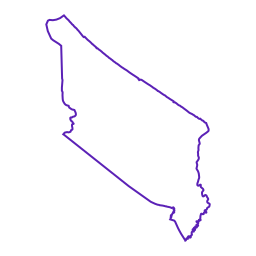 outline of Tak Bai, Narathiwat, Thailand
{"feature_id": "78962969B25686112002312", "entity_name": "Tak Bai", "entity_type": "district", "adm_level": 2, "iso_a3": "THA", "parent_name": "Thailand", "parent_adm1": "Narathiwat", "projection": "mercator", "projection_center": [102.027, 6.239], "detail": "fine", "context": "isolated", "style": "outline", "palette": "violet", "viewbox_px": 256, "rotation_deg": 0, "n_neighbors": 0, "source": "geoboundaries", "source_scale": "gbopen_adm2", "svg_char_len": 5730}
<svg xmlns="http://www.w3.org/2000/svg" viewBox="0 0 256 256"><path d="M62.5,95.2L62.7,98.9L62.9,100.4L63.3,101.5L64.6,103.7L65.6,104.7L66.5,105.2L68.6,105.8L68.7,106.4L69.3,107.6L69.7,107.9L71.1,108.9L71.5,109.2L72.6,109.6L72.9,109.7L73.4,109.7L74.4,110.0L75.6,112.6L75.8,113.5L75.9,114.3L75.8,114.9L75.6,115.4L75.1,115.9L74.8,116.2L74.5,116.4L72.8,116.8L71.8,117.5L71.5,117.5L71.0,117.4L70.7,117.5L70.3,117.9L70.3,119.1L70.7,120.1L71.4,121.1L72.0,121.4L72.3,121.6L72.8,122.8L73.5,123.4L73.6,123.6L73.5,123.9L72.3,124.3L72.0,124.8L72.0,126.0L72.4,127.8L72.4,128.2L72.5,129.0L72.4,129.4L72.0,129.8L71.0,130.3L70.7,131.3L70.6,131.6L70.4,131.8L68.9,132.3L68.1,132.3L67.3,132.1L67.0,132.1L64.8,132.6L64.3,133.1L63.3,134.3L64.3,135.0L128.7,186.1L150.8,201.8L155.1,203.8L157.6,204.7L159.0,204.9L159.6,205.2L162.7,205.6L164.5,206.0L165.4,206.3L166.1,206.3L166.8,206.6L169.3,207.1L170.8,207.5L171.3,207.9L171.6,208.0L172.0,208.0L173.1,207.4L173.4,207.4L174.0,208.1L174.3,208.8L174.1,209.1L173.6,209.5L173.7,209.9L174.3,210.1L174.4,210.5L174.3,210.9L174.1,211.4L173.4,211.9L173.2,212.1L173.4,212.3L174.1,212.1L174.2,212.3L174.1,212.5L173.8,212.7L172.9,213.2L172.5,213.5L172.2,213.9L172.1,214.7L171.9,214.9L171.1,215.1L170.9,215.3L170.8,216.0L171.4,216.5L171.4,216.8L171.3,217.0L170.9,217.0L171.0,217.6L170.8,217.8L170.5,218.1L170.7,218.8L170.5,219.1L170.3,219.4L174.2,220.6L175.1,221.6L177.9,227.8L179.0,230.0L181.1,233.8L185.1,240.1L185.3,240.6L185.7,240.4L186.0,240.0L186.3,239.0L186.5,238.5L186.9,238.4L187.5,238.8L187.8,238.7L187.5,238.0L187.6,237.4L188.0,236.8L188.3,236.4L188.5,236.3L188.9,236.6L189.0,237.2L189.4,237.5L189.8,237.6L190.2,237.6L190.5,237.5L190.7,237.3L190.8,236.9L190.4,236.1L190.4,235.8L190.5,235.7L191.2,235.5L191.4,235.4L191.7,235.1L191.9,234.7L191.9,234.4L191.6,233.0L191.7,232.5L191.8,232.1L192.0,231.9L192.5,231.6L193.7,231.6L193.9,231.3L193.9,231.2L193.1,230.7L192.7,230.4L192.6,229.9L192.7,229.4L192.9,229.2L193.2,229.2L194.2,230.1L194.5,230.2L194.8,230.1L195.0,229.9L195.1,229.5L195.0,229.1L194.7,228.7L193.9,228.4L193.8,228.1L193.9,227.9L195.0,227.1L195.4,226.5L195.7,226.6L195.8,227.2L196.0,227.5L196.5,227.6L196.7,227.4L197.3,226.4L197.9,225.9L198.1,225.6L198.1,225.4L197.9,225.2L197.0,225.3L196.6,225.2L196.5,224.8L196.7,224.6L197.2,224.7L197.6,224.6L198.0,223.7L198.2,223.3L198.1,223.0L197.7,222.5L196.7,222.0L196.5,221.7L196.5,221.4L196.9,221.2L197.2,221.2L197.5,221.3L198.2,221.8L198.5,221.8L198.7,221.6L198.8,220.4L198.9,219.9L199.1,219.8L199.3,219.8L200.0,220.4L200.5,220.2L200.6,219.9L200.3,218.8L200.2,218.3L200.4,217.4L200.4,216.2L201.0,214.0L201.2,213.8L201.5,213.7L202.8,214.2L203.1,214.2L203.3,214.1L203.7,213.9L203.9,212.8L204.2,212.4L204.4,212.3L205.0,212.3L205.9,212.7L206.2,212.7L206.3,212.6L206.4,212.2L206.1,211.7L205.8,211.5L204.8,211.0L204.7,210.8L204.7,210.5L204.8,210.4L205.0,210.2L206.3,209.8L206.6,209.6L206.8,209.3L207.1,208.2L207.5,207.7L208.9,206.9L209.2,206.6L209.4,206.2L209.7,204.7L209.7,204.2L209.5,203.8L209.1,203.5L207.8,202.8L207.5,202.5L207.3,202.1L207.2,201.3L207.3,200.9L207.6,200.2L208.1,199.6L208.2,199.0L208.0,198.4L207.1,197.1L206.8,196.5L206.6,195.8L206.4,195.5L206.1,195.3L205.7,195.1L205.2,195.0L204.0,196.1L203.3,196.4L202.9,196.3L202.5,195.8L202.1,194.2L202.0,193.0L202.0,192.7L202.1,192.2L202.5,191.5L203.1,190.8L203.4,190.4L203.4,189.8L203.1,189.1L202.8,188.7L200.9,187.1L200.7,186.5L200.8,185.1L200.7,184.8L200.5,184.7L200.2,184.7L198.9,185.5L198.4,185.7L197.9,185.6L197.4,185.1L197.3,184.4L197.4,183.4L198.0,181.7L198.5,179.7L199.1,178.1L199.2,177.2L198.8,173.7L198.4,172.3L198.0,171.2L196.9,169.4L196.5,168.6L196.6,168.0L197.1,165.9L197.2,165.4L197.2,164.6L196.8,163.3L196.6,162.2L198.2,159.9L198.6,159.2L198.8,158.3L198.8,157.5L198.1,155.7L198.1,153.6L197.9,152.1L198.5,150.1L198.4,147.9L198.6,145.6L198.7,145.2L199.6,144.0L199.7,143.7L199.6,142.9L198.9,140.2L199.0,139.3L199.3,138.7L199.6,138.3L201.9,135.8L206.4,132.7L207.9,131.5L208.4,131.0L208.6,130.4L208.6,129.1L208.3,128.3L206.7,124.5L206.2,123.0L205.8,122.9L204.8,122.4L204.2,121.9L203.3,120.8L202.3,120.5L200.2,118.7L199.8,118.9L199.4,118.9L199.0,118.7L198.1,118.1L196.9,116.9L196.3,116.9L195.6,116.6L193.6,114.9L192.8,114.6L192.2,114.1L189.8,113.0L189.3,112.7L186.6,110.5L183.5,108.2L182.4,107.3L181.2,106.7L180.2,105.8L179.4,105.5L178.4,105.0L176.5,103.4L175.1,102.4L174.6,102.3L174.4,102.3L174.2,102.4L173.6,102.2L173.7,101.9L173.7,101.4L173.5,101.2L169.3,98.6L168.7,98.1L166.8,97.0L165.0,95.4L164.2,95.1L163.2,94.4L162.7,94.2L162.0,93.6L160.8,92.8L159.8,92.0L158.3,91.1L157.8,91.0L157.0,90.2L154.8,88.6L154.3,88.4L153.5,87.8L153.0,87.6L152.5,87.1L149.5,85.0L148.7,84.6L144.9,82.1L141.8,80.0L140.8,79.6L140.1,79.8L139.2,80.1L138.5,79.1L138.7,78.8L138.2,78.2L137.0,77.5L136.5,77.0L136.2,76.9L133.8,75.3L133.1,74.9L132.4,74.4L131.6,73.9L130.6,73.2L129.4,72.4L126.8,70.4L126.6,70.3L125.2,69.4L124.7,69.2L124.1,68.7L123.5,68.4L122.8,67.8L122.0,67.4L119.7,65.7L118.4,64.6L118.0,64.4L117.3,63.8L116.1,63.2L115.2,62.4L113.4,61.2L112.3,60.1L111.3,59.5L110.6,58.8L109.1,57.9L107.9,56.7L106.4,55.7L104.9,54.3L104.6,54.2L103.5,53.2L102.6,52.6L101.7,51.6L101.2,51.3L100.6,50.7L98.7,49.4L97.5,48.3L97.1,48.2L96.8,48.3L96.4,47.9L96.5,47.8L96.4,47.5L93.0,44.6L92.7,44.2L92.3,44.1L91.1,42.8L89.6,41.4L87.6,39.8L84.7,36.8L84.4,37.0L84.1,37.1L83.7,37.1L82.9,36.3L78.3,30.5L77.6,29.9L76.7,28.7L75.9,27.9L75.1,27.4L74.7,26.8L74.2,26.5L73.1,25.0L72.8,24.9L72.0,24.2L71.4,23.4L70.1,22.0L69.8,21.8L68.6,20.2L68.2,19.9L67.5,19.2L67.0,18.8L66.2,18.0L65.0,16.5L64.2,15.8L63.9,15.4L60.1,18.1L56.4,19.6L52.9,20.2L49.5,19.9L47.9,20.7L46.3,24.4L47.8,31.1L51.2,38.6L53.1,40.2L58.9,43.9L61.2,45.8L62.1,78.4L62.5,80.1L61.9,87.5L61.9,90.8L62.3,91.4L62.6,92.5L62.5,95.2Z" fill="none" stroke="#5b21b6" stroke-width="2"/></svg>